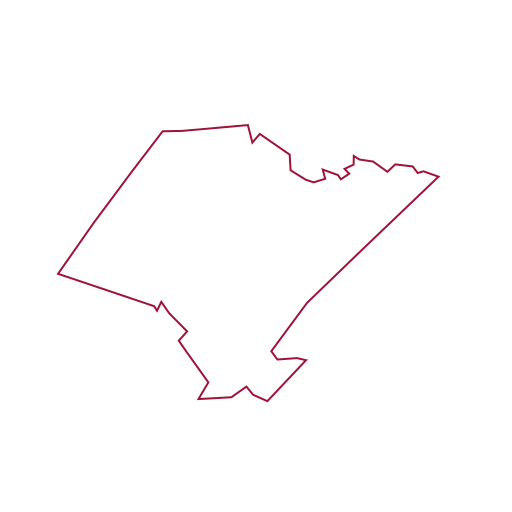 Nicholas, West Virginia, United States of America (Robinson projection), rotated 166°
{"feature_id": "52423323B75568598191549", "entity_name": "Nicholas", "entity_type": "district", "adm_level": 2, "iso_a3": "USA", "parent_name": "United States of America", "parent_adm1": "West Virginia", "projection": "robinson", "projection_center": [-80.892, 38.318], "detail": "fine", "context": "isolated", "style": "outline", "palette": "rose", "viewbox_px": 512, "rotation_deg": 166, "n_neighbors": 0, "source": "geoboundaries", "source_scale": "gbopen_adm2", "svg_char_len": 760}
<svg xmlns="http://www.w3.org/2000/svg" viewBox="0 0 512 512"><g transform="rotate(166 256 256)"><path d="M59.7,288.8L73.1,297.7L79.0,297.4L82.3,305.0L98.7,311.2L108.1,305.9L119.5,319.3L132.3,324.6L136.9,329.4L139.2,321.0L149.0,319.1L145.6,313.3L155.1,309.9L156.9,314.7L170.3,323.7L170.2,314.2L182.2,313.5L189.4,318.1L201.7,330.8L198.8,346.2L222.8,373.5L232.1,366.9L232.2,385.0L297.7,395.3L316.4,399.6L356.7,367.4L378.5,349.5L404.9,327.9L452.4,286.6L366.9,231.9L365.3,226.8L359.0,234.4L354.1,221.5L341.1,199.5L351.4,192.5L346.6,179.8L332.8,144.9L346.4,131.1L314.0,124.9L296.9,131.6L292.4,122.1L280.1,112.4L232.7,142.8L240.9,147.0L260.3,150.4L264.2,159.9L217.8,198.2L153.3,235.4L125.3,251.4L59.7,288.8Z" fill="none" stroke="#9f1239" stroke-width="2"/></g></svg>